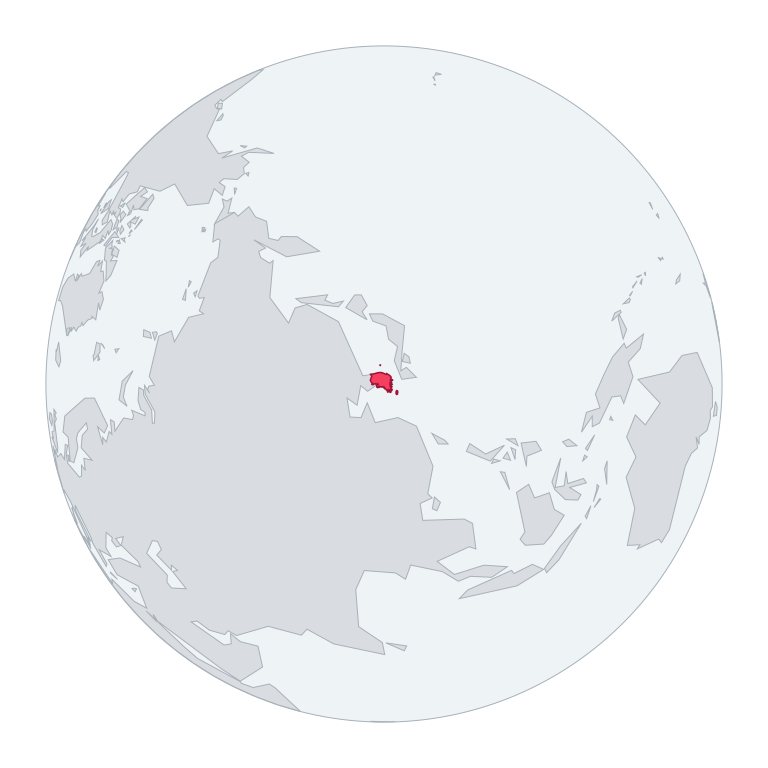 South Korea on an orthographic globe, rotated 289°
{"feature_id": "KOR", "entity_name": "South Korea", "entity_type": "country or territory", "adm_level": 0, "iso_a3": "KOR", "parent_name": "Asia", "parent_adm1": "", "projection": "orthographic", "projection_center": [127.333, 35.912], "detail": "fine", "context": "on_globe", "style": "filled", "palette": "rose", "viewbox_px": 768, "rotation_deg": 289, "n_neighbors": 0, "source": "natural_earth", "source_scale": "50m", "svg_char_len": 14614}
<svg xmlns="http://www.w3.org/2000/svg" viewBox="0 0 768 768"><g transform="rotate(289 384 384)"><circle cx="384" cy="384" r="338" fill="#eef3f6" stroke="#a8b0b8"/><path d="M642.2,575.3L641.9,576.8L641.6,577.2L642.2,575.3ZM641.8,165.5L639.9,163.6L641.8,167.3L628.7,159.6L598.3,139.2L600.1,137.2L592.6,133.3L589.9,136.1L589.9,138.9L560.5,136.0L547.9,152.4L555.1,165.0L544.8,157.2L565.9,187.2L566.2,204.9L559.0,180.6L553.0,175.0L549.8,184.3L543.0,180.7L537.5,183.4L529.6,178.6L526.0,165.7L520.8,162.6L518.9,169.5L509.7,169.7L513.4,159.9L497.8,159.4L488.8,139.9L505.0,121.0L493.3,109.4L492.0,89.0L485.4,88.2L480.7,81.2L471.3,78.0L473.7,76.0L464.1,75.4L463.7,78.0L459.3,78.7L453.7,77.4L455.8,74.2L458.9,74.4L456.7,72.9L460.1,72.0L455.3,71.7L458.5,68.5L447.1,69.7L442.8,65.7L447.2,64.3L457.4,66.9L493.1,72.7L500.7,73.6L501.1,71.3L479.4,60.9L483.4,61.4L480.9,60.3L473.8,58.3L473.2,58.7L459.4,55.7L460.3,57.5L454.8,56.9L451.4,58.5L440.5,55.9L431.6,52.7L433.8,51.6L430.0,50.5L418.5,50.2L413.7,47.7L399.3,46.4L424.4,48.5L449.4,52.5L474.0,58.3L498.1,65.9L521.5,75.3L544.2,86.5L565.9,99.2L586.7,113.6L606.3,129.5L624.7,146.9L641.8,165.5ZM695.5,337.5L692.6,331.6L695.4,331.9L695.5,337.5ZM690.2,330.5L691.3,331.9L690.2,331.2L690.2,330.5ZM688.9,331.5L689.8,330.7L689.0,332.3L688.9,331.5ZM687.4,333.7L688.1,332.2L688.1,332.7L687.4,333.7ZM684.2,335.1L683.3,335.3L683.6,333.2L684.2,335.1ZM591.1,141.0L590.5,136.6L595.5,135.9L596.7,139.8L591.1,141.0ZM580.6,143.9L578.5,140.2L587.1,143.6L585.6,144.6L580.6,143.9ZM561.8,175.4L562.6,170.4L564.2,176.7L561.8,175.4ZM538.1,184.7L540.1,187.4L536.4,187.8L538.1,184.7ZM457.7,60.0L454.7,59.2L456.9,59.3L457.7,60.0ZM459.1,61.6L463.9,62.2L465.3,63.0L462.3,62.6L459.1,61.6ZM521.0,180.9L514.5,181.0L520.5,178.6L521.0,180.9ZM452.9,60.7L467.1,64.6L469.4,66.2L460.1,66.3L452.9,60.7ZM510.3,179.6L494.7,181.0L497.6,186.8L480.4,171.7L499.4,175.1L506.3,170.9L505.8,176.1L510.3,179.6ZM465.9,79.4L466.2,76.6L471.1,80.4L465.9,79.4ZM470.2,81.7L491.8,93.7L488.7,97.8L482.1,92.7L482.2,99.6L470.1,95.6L467.3,90.9L471.7,88.9L463.7,89.0L470.2,81.7ZM473.5,163.6L469.1,162.3L473.0,161.2L473.5,163.6ZM457.9,79.4L462.6,81.2L460.2,84.8L450.5,81.8L454.4,81.6L457.9,79.4ZM488.2,103.6L484.7,106.1L473.9,103.5L471.1,104.2L469.5,95.9L488.2,103.6ZM452.1,80.1L445.6,80.4L441.6,77.6L453.2,77.9L452.1,80.1ZM463.7,87.0L462.1,88.7L459.8,86.7L463.7,87.0ZM423.9,68.9L429.5,70.4L428.8,72.3L423.9,68.9ZM443.5,80.7L444.9,81.7L445.2,82.7L440.3,82.4L443.5,80.7ZM462.0,94.8L458.3,93.4L462.1,98.0L454.2,96.7L454.6,91.6L451.1,93.2L448.7,92.8L451.7,89.2L462.0,94.8ZM436.2,85.5L434.0,79.3L423.7,75.8L424.1,73.9L440.5,80.0L436.2,85.5ZM445.1,87.9L439.7,85.9L442.9,84.3L448.5,84.6L445.1,87.9ZM448.7,97.7L460.8,101.1L460.3,102.2L448.7,97.7ZM432.6,84.7L433.3,86.3L431.5,84.7L432.6,84.7ZM443.1,94.0L447.4,94.9L446.7,96.1L443.1,94.0ZM430.9,88.9L430.2,86.7L434.0,86.8L430.9,88.9ZM436.0,91.4L434.0,92.8L435.8,88.1L438.0,91.6L436.0,91.4ZM441.7,94.9L442.7,95.9L440.0,94.4L441.7,94.9ZM416.8,90.3L418.2,84.3L426.6,84.2L424.2,90.0L416.8,90.3ZM155.4,135.1L146.4,144.4L141.6,149.6L133.7,157.0L106.8,192.5L110.8,190.3L97.1,218.7L94.8,232.6L112.9,217.4L116.8,193.8L128.1,180.4L133.5,191.0L131.7,213.4L136.1,209.1L146.1,188.0L154.8,187.2L150.6,180.6L145.6,187.7L142.8,184.1L147.3,177.5L150.2,177.2L153.3,169.6L138.7,174.3L132.0,182.1L134.6,168.7L123.6,180.7L121.1,180.7L138.6,160.6L143.8,156.7L168.9,131.3L163.6,134.0L139.6,158.5L143.1,153.7L135.7,159.0L144.0,151.3L171.6,125.1L179.9,115.6L176.8,117.0L206.0,96.8L194.4,104.7L200.4,101.3L218.0,91.0L210.4,96.2L215.1,94.0L208.7,99.3L213.1,101.0L208.7,106.4L223.2,102.3L222.9,105.0L214.4,106.3L206.1,110.8L196.7,126.4L198.6,128.0L208.8,124.4L205.0,129.7L216.0,124.4L216.9,132.8L225.1,118.5L237.3,115.4L244.9,118.5L250.3,115.2L238.1,110.4L231.9,111.0L224.2,115.3L208.6,116.4L209.1,112.3L231.0,102.6L234.1,96.2L249.8,92.6L273.2,105.8L276.4,114.8L254.7,136.2L246.6,135.5L250.3,127.1L235.1,137.8L242.0,135.4L238.7,140.3L249.6,139.6L247.8,143.1L261.2,137.0L260.3,141.2L251.8,145.0L267.1,148.9L268.5,157.9L272.9,157.3L277.0,154.0L276.1,168.4L279.3,167.3L280.9,162.1L288.3,156.8L301.0,153.4L300.0,158.5L295.2,160.4L283.8,172.7L271.4,177.8L272.3,179.7L282.8,176.6L296.8,161.4L304.7,158.0L299.2,165.3L301.8,162.3L305.4,162.3L308.1,167.3L314.6,159.6L355.9,155.5L365.1,165.8L355.6,172.1L383.4,177.6L391.7,190.6L393.0,185.5L407.3,185.9L404.9,181.7L406.6,179.4L442.1,180.7L449.7,185.7L466.5,182.3L467.3,180.0L462.6,175.9L480.4,171.7L497.6,186.8L495.1,191.3L507.6,198.5L500.1,208.1L499.6,220.0L484.2,227.6L485.2,237.1L490.0,238.9L495.0,253.9L488.6,279.9L472.6,250.5L478.0,214.0L474.0,227.6L468.6,222.4L463.3,226.2L461.0,236.6L464.6,239.0L428.6,247.9L410.5,273.9L427.0,275.2L434.2,285.4L428.1,320.6L384.9,361.3L394.0,378.7L392.5,388.8L379.9,393.0L381.8,378.2L371.8,370.9L374.9,362.5L355.2,365.5L358.7,353.6L341.7,362.6L344.7,373.2L360.7,374.3L344.6,388.3L356.8,408.1L354.7,428.4L322.2,457.1L294.4,461.1L292.0,466.7L282.8,457.0L267.7,465.1L282.4,503.8L281.0,513.1L257.9,524.6L257.9,517.6L233.6,492.0L226.8,512.6L245.2,537.4L251.4,560.1L236.3,548.8L230.3,528.3L221.7,518.6L225.6,500.3L221.5,468.2L206.4,467.9L209.1,456.3L201.2,426.1L180.4,424.2L146.3,439.0L139.0,466.6L128.4,472.8L121.9,421.1L127.1,391.0L119.6,387.7L117.2,353.4L98.1,326.4L100.0,317.0L95.3,315.0L94.4,299.0L99.0,284.5L96.3,279.0L85.1,317.8L88.6,324.1L97.9,320.2L93.6,332.0L95.1,350.2L76.9,361.3L56.2,344.8L61.9,322.6L86.1,247.0L89.7,242.7L90.2,242.0L90.9,240.6L85.2,246.5L92.0,233.1L70.7,280.0L63.8,297.1L55.7,345.5L54.6,346.5L54.4,359.1L63.0,373.2L61.4,379.6L52.5,399.6L47.2,411.5L46.1,387.9L46.7,364.2L48.9,340.7L52.7,317.4L58.2,294.4L65.2,271.9L73.8,249.9L84.0,228.5L95.6,207.9L108.6,188.2L122.9,169.4L138.6,151.7L155.4,135.1ZM121.9,249.4L126.0,263.6L137.9,245.2L140.5,249.4L143.5,241.9L138.7,243.8L148.3,224.8L155.0,227.4L161.5,221.0L160.5,216.0L146.6,214.7L132.8,241.3L126.0,243.3L121.9,249.4ZM247.2,79.5L240.7,82.7L236.7,83.4L242.4,78.8L248.2,77.4L247.2,79.5ZM232.4,87.3L252.6,80.2L249.9,83.5L248.0,82.7L244.2,85.6L240.1,85.2L217.8,96.2L212.8,97.8L226.0,87.1L224.4,89.4L230.8,85.7L232.4,87.3ZM309.0,63.7L317.8,62.7L300.6,70.8L294.4,71.0L299.7,65.8L310.0,62.7L309.0,63.7ZM433.7,61.0L438.2,61.6L437.6,62.3L433.3,62.3L433.7,61.0ZM426.6,69.4L413.7,59.9L418.1,59.9L405.2,55.4L411.9,53.8L420.0,56.5L415.5,52.5L425.5,54.3L421.1,51.8L438.5,58.1L447.3,60.3L435.0,58.3L428.6,59.6L428.5,60.8L434.8,66.3L450.6,72.4L446.8,75.4L439.9,75.9L435.6,74.9L439.4,73.1L430.8,73.0L433.0,69.8L426.6,69.4ZM361.4,91.2L367.7,87.7L350.8,90.6L352.9,85.8L350.8,86.5L348.1,83.1L341.2,80.4L343.8,78.4L340.0,78.3L338.1,76.4L333.8,75.7L336.8,72.1L331.7,71.1L336.0,70.0L326.5,69.4L334.9,68.4L333.3,66.3L326.0,68.5L352.8,54.8L357.5,51.2L356.8,49.2L371.4,48.7L381.3,50.8L387.0,54.9L380.4,58.9L388.1,58.4L387.3,60.4L381.5,60.0L389.9,61.9L387.6,63.6L392.7,69.7L406.2,72.4L408.4,75.1L402.0,74.9L408.7,77.8L398.0,79.5L399.4,81.6L390.2,85.7L377.1,84.8L379.5,87.3L372.7,91.1L361.4,91.2ZM413.9,91.3L397.7,90.3L390.9,87.5L409.7,81.6L410.0,79.4L421.8,76.4L431.4,80.8L427.1,81.2L425.2,82.6L423.0,80.6L423.4,83.3L417.5,84.1L416.2,86.5L411.3,85.4L413.9,91.3ZM142.6,149.7L140.1,152.9L137.6,156.8L132.9,160.6L142.6,149.7ZM161.1,131.7L159.8,133.4L152.0,139.8L154.7,136.9L161.1,131.7ZM165.7,129.4L160.3,133.0L164.8,129.3L165.7,129.4ZM213.8,108.1L213.2,110.2L210.5,111.5L207.8,111.6L213.8,108.1ZM311.6,101.9L316.3,99.6L317.8,100.3L329.9,98.7L329.3,102.5L321.7,105.1L311.6,101.9ZM109.8,216.7L106.6,216.3L108.6,212.3L109.3,213.2L109.8,216.7ZM117.3,186.3L112.5,195.6L116.1,187.3L117.3,186.3ZM313.0,105.8L318.1,104.6L314.6,107.3L313.0,105.8ZM329.4,105.4L326.5,108.5L330.6,102.8L329.4,105.4ZM62.0,486.6L60.6,480.9L66.5,499.4L68.3,504.6L62.0,486.6ZM335.5,622.8L346.0,625.3L345.7,626.4L335.5,622.8ZM324.5,617.2L336.3,619.3L322.7,619.4L324.5,617.2ZM340.9,620.2L353.0,619.5L358.2,618.2L357.3,620.5L340.9,620.2ZM316.6,615.9L274.7,606.6L258.5,599.2L262.0,595.8L288.2,603.6L316.6,615.9ZM260.7,595.3L236.4,575.4L205.6,525.1L216.5,530.2L249.3,565.3L247.1,568.6L261.8,583.1L260.7,595.3ZM320.9,585.8L318.6,597.1L295.2,591.5L284.7,587.2L277.5,570.1L281.5,563.2L290.0,565.4L324.6,544.6L336.3,553.5L325.3,563.4L335.0,575.8L320.9,585.8ZM139.8,470.0L143.7,490.7L138.3,490.0L139.8,470.0ZM339.8,527.0L325.0,537.2L338.9,522.6L339.8,527.0ZM348.8,512.1L349.1,518.8L343.9,511.6L348.8,512.1ZM290.4,475.9L281.4,475.2L281.8,470.3L293.6,468.5L290.4,475.9ZM352.9,445.3L350.6,459.7L348.1,464.2L345.0,454.9L352.9,445.3ZM315.0,142.4L298.8,139.8L286.7,141.8L279.3,148.3L282.8,138.6L301.4,135.6L315.0,142.4ZM350.9,153.0L357.4,148.2L359.3,151.6L358.1,153.2L350.9,153.0ZM351.5,149.2L350.6,141.0L357.2,139.2L356.6,145.9L351.5,149.2ZM331.1,121.8L326.3,120.6L329.2,118.2L331.1,121.8ZM538.4,684.6L532.2,687.7L563.7,669.7L568.1,667.3L558.5,673.4L557.3,674.1L538.4,684.6ZM462.6,708.6L460.7,705.9L475.4,703.1L470.6,706.6L462.6,708.6ZM573.1,663.4L581.5,656.8L583.3,653.0L584.0,655.1L592.3,649.7L571.3,665.2L573.1,663.4ZM404.1,695.6L339.3,701.3L324.4,698.0L326.8,694.2L310.6,677.2L315.3,678.3L310.6,666.6L348.1,661.6L374.6,643.3L397.0,646.0L413.0,630.6L436.6,631.7L430.4,644.3L455.8,651.3L471.0,622.6L488.3,650.1L508.0,656.5L515.8,669.8L487.4,695.6L469.4,702.0L465.1,701.1L457.8,703.8L445.3,704.5L436.6,699.2L429.5,701.6L435.6,696.3L425.7,701.3L418.4,697.2L404.1,695.6ZM573.6,627.3L577.6,626.6L584.3,628.3L577.9,630.0L573.6,627.3ZM632.3,586.5L634.3,587.2L630.1,590.3L632.3,586.5ZM641.6,577.2L636.6,581.2L642.2,575.3L641.6,577.2ZM592.4,605.2L594.5,606.1L592.9,607.3L592.4,605.2ZM590.8,605.3L592.9,601.7L592.8,604.5L590.8,605.3ZM571.4,596.1L573.6,593.9L574.7,594.8L571.4,596.1ZM361.5,627.3L375.9,620.1L384.0,620.0L361.5,627.3ZM567.8,593.7L562.1,595.0L562.6,593.2L567.8,593.7ZM568.0,589.8L567.3,587.6L571.2,592.1L568.0,589.8ZM556.8,587.3L564.0,589.8L556.0,588.0L556.8,587.3ZM552.6,588.9L547.5,588.1L547.8,587.3L552.6,588.9ZM496.8,601.4L515.7,613.1L500.9,614.8L484.2,607.8L472.0,617.0L443.7,617.0L449.9,611.6L445.9,603.7L417.2,600.4L411.4,594.8L421.4,591.4L402.8,586.4L423.1,584.6L431.7,596.0L443.3,587.2L463.8,588.8L484.0,591.3L500.7,597.8L496.8,601.4ZM423.7,609.0L427.2,609.0L424.2,612.2L423.7,609.0ZM537.7,584.1L545.2,587.9L544.3,589.4L540.8,589.3L537.7,584.1ZM504.4,595.5L522.2,584.2L526.4,583.7L514.7,595.6L504.4,595.5ZM517.7,578.9L526.1,579.0L530.7,583.4L528.9,585.0L517.7,578.9ZM382.0,596.8L381.3,599.9L376.1,597.0L382.0,596.8ZM388.7,595.5L404.6,599.8L387.3,598.0L388.7,595.5ZM341.9,579.5L346.4,587.6L360.5,584.7L349.7,590.2L359.6,603.4L356.4,607.5L346.6,593.3L343.6,606.2L337.4,605.1L333.7,593.1L339.9,579.8L346.1,574.6L371.7,575.2L341.9,579.5ZM388.5,586.5L384.4,577.3L387.5,571.7L392.0,576.7L388.5,586.5ZM372.6,554.5L362.3,542.6L352.4,545.5L372.8,532.8L379.3,546.4L372.6,554.5ZM364.6,529.9L355.2,532.5L365.2,524.8L364.6,529.9ZM353.1,528.5L352.6,520.7L359.7,522.7L353.1,528.5ZM369.3,530.8L371.9,517.9L375.0,526.0L369.3,530.8ZM350.9,502.9L365.3,517.8L345.7,509.6L347.1,483.8L355.6,484.5L350.9,502.9ZM412.2,402.1L411.3,394.1L419.6,393.1L417.8,398.8L412.2,402.1ZM445.8,384.5L421.5,390.3L401.9,395.6L407.0,399.7L400.9,412.5L394.2,399.3L409.4,386.1L423.9,384.6L427.9,373.7L439.6,367.0L439.8,353.0L445.5,347.4L449.8,359.8L445.8,384.5ZM439.2,347.1L443.8,322.9L458.6,327.3L460.9,333.5L452.6,342.6L445.3,339.7L439.2,347.1ZM449.2,318.6L442.2,315.8L434.0,279.3L436.0,272.9L450.0,301.7L444.1,300.8L443.5,309.4L449.2,318.6ZM469.5,165.1L469.2,162.5L472.2,165.0L469.5,165.1ZM405.0,177.1L407.9,174.4L411.3,176.9L405.0,177.1ZM417.8,168.5L411.8,167.4L418.5,166.4L417.8,168.5ZM398.5,165.9L409.7,166.0L398.4,169.0L398.5,165.9Z" fill="#d9dde1" stroke="#a8b0b8" stroke-width="1"/><path d="M380.7,373.0L380.9,372.9L380.9,372.7L380.9,372.2L381.3,371.8L381.9,371.1L382.2,370.7L382.5,370.3L382.9,370.0L383.2,369.9L383.8,369.8L384.9,369.9L385.1,369.8L385.9,369.8L386.1,369.9L386.7,369.9L387.3,369.9L387.6,369.7L387.9,369.6L388.1,369.2L388.4,368.6L388.6,368.1L388.8,368.0L390.0,370.6L391.1,372.3L392.0,373.5L393.4,375.9L393.8,377.1L393.9,377.9L394.1,379.0L393.9,379.6L394.0,380.6L393.9,381.1L393.8,381.5L393.8,382.2L393.9,382.6L393.9,383.1L394.0,383.3L394.4,383.1L394.7,383.1L394.6,383.7L394.3,385.2L394.0,386.3L393.6,387.3L393.1,388.2L392.4,388.6L391.9,388.7L391.1,388.8L390.3,388.6L389.7,388.8L389.4,388.9L389.2,389.3L389.4,389.8L389.4,390.1L389.1,390.1L388.6,389.9L388.0,389.9L387.7,389.8L387.4,389.2L387.1,389.3L386.6,389.6L385.8,389.6L385.6,389.8L385.5,390.0L385.6,390.3L386.0,390.7L385.9,391.0L385.5,391.2L385.1,390.8L384.9,390.3L384.7,390.3L384.3,390.4L384.3,390.9L384.4,391.2L384.7,391.6L384.3,392.0L384.2,392.3L384.0,392.5L383.2,392.1L383.3,391.7L383.7,391.4L383.7,391.0L383.6,390.8L382.5,391.7L381.9,392.7L381.5,392.6L381.4,392.4L381.2,392.3L380.5,392.9L380.4,393.4L380.1,393.4L380.0,393.2L380.0,392.7L379.9,392.3L379.1,391.8L378.8,391.3L379.0,391.0L379.6,391.2L380.1,391.1L380.0,390.9L379.8,390.8L380.2,390.7L380.4,390.4L380.2,390.3L379.9,390.5L379.6,390.4L379.5,389.8L379.1,389.1L379.0,388.4L379.3,388.1L379.5,387.5L379.8,386.7L380.0,386.4L380.4,386.2L380.6,386.0L380.3,385.9L379.9,385.8L380.0,385.5L380.2,385.4L380.5,385.2L381.1,384.8L381.2,384.2L380.7,383.9L380.8,383.6L381.0,383.4L380.9,383.2L380.5,382.9L380.2,382.5L380.3,382.1L380.3,381.5L380.3,380.9L380.3,380.7L380.1,380.0L380.0,379.4L379.7,379.5L378.8,379.4L378.6,379.4L378.5,378.9L378.7,378.3L379.4,377.8L379.7,377.7L380.0,377.5L380.4,377.5L381.0,377.8L381.4,377.9L381.7,378.5L381.8,378.6L381.9,378.4L382.2,378.1L382.3,377.9L382.2,377.8L381.8,377.7L381.4,377.0L381.4,376.6L381.2,376.4L381.5,375.8L381.0,375.2L380.8,374.9L380.8,374.3L380.6,373.9L380.5,373.7L380.4,373.3L380.5,373.2L380.7,373.0ZM379.0,399.8L378.8,400.0L378.6,399.9L378.3,399.5L378.2,399.3L378.4,399.0L379.1,398.4L380.9,397.9L381.2,397.9L381.9,398.1L382.0,398.6L381.9,398.9L381.7,399.2L380.9,399.6L380.3,399.8L379.0,399.8ZM390.8,390.5L390.4,390.9L389.7,390.4L389.6,390.1L390.1,389.7L390.5,389.3L390.8,390.5ZM387.6,390.5L387.5,391.1L387.2,391.1L387.0,390.8L386.7,390.9L386.4,390.5L386.4,390.1L386.8,389.8L387.1,390.0L387.4,390.1L387.6,390.5ZM378.7,393.1L378.3,393.1L378.2,392.9L378.1,392.6L378.6,392.1L378.7,391.9L379.2,392.0L379.4,392.3L379.1,392.7L378.7,393.1ZM380.2,373.2L380.2,374.0L379.9,374.0L379.8,373.9L379.7,373.7L379.5,373.0L379.7,372.7L380.1,373.0L380.2,373.2ZM378.4,390.9L378.3,391.1L378.1,391.0L377.9,390.6L377.8,390.3L377.6,390.1L377.9,389.8L378.4,390.4L378.4,390.9ZM379.7,380.6L379.6,380.9L379.3,380.7L379.2,379.8L379.5,380.1L379.7,380.6ZM400.8,374.5L400.6,374.6L400.3,374.5L400.3,374.3L400.4,374.1L400.7,374.0L400.8,374.2L400.8,374.5ZM381.2,393.2L381.3,393.5L380.9,393.5L380.7,393.2L380.9,392.9L381.2,393.2ZM386.3,391.6L386.2,391.8L386.0,391.6L386.2,391.3L386.3,391.6Z" fill="#f43f5e" stroke="#9f1239" stroke-width="1.5"/></g></svg>